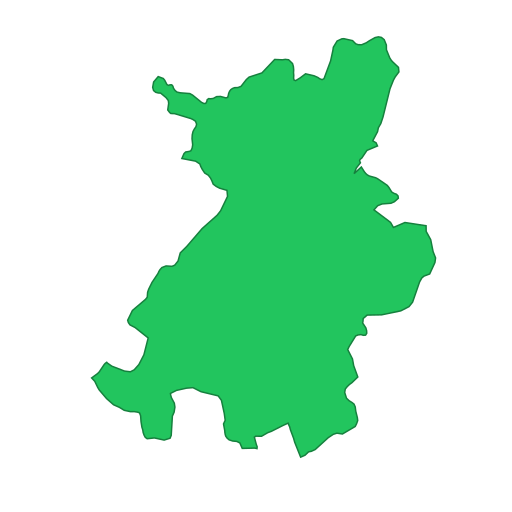 the District of Santarém, rotated 173°
{"feature_id": "PRT-748", "entity_name": "Santarém", "entity_type": "District", "adm_level": 1, "iso_a3": "PRT", "parent_name": "Portugal", "parent_adm1": "", "projection": "natural_earth1", "projection_center": [-8.43, 39.286], "detail": "fine", "context": "isolated", "style": "filled", "palette": "green", "viewbox_px": 512, "rotation_deg": 173, "n_neighbors": 0, "source": "natural_earth", "source_scale": "10m", "svg_char_len": 3940}
<svg xmlns="http://www.w3.org/2000/svg" viewBox="0 0 512 512"><g transform="rotate(173 256 256)"><path d="M141.0,335.8L145.7,331.1L148.6,325.8L140.6,331.5L138.2,326.4L137.0,324.5L135.7,323.0L133.8,321.6L127.7,319.1L125.8,317.8L117.1,310.1L115.7,307.8L113.5,303.0L111.5,301.4L109.1,300.2L107.7,298.3L107.7,296.0L112.0,293.0L115.6,291.9L124.5,292.3L129.1,291.1L133.3,287.4L118.4,273.0L116.1,267.6L104.1,271.1L83.5,265.3L84.1,259.7L80.6,250.9L79.7,238.8L78.0,232.2L79.2,227.7L85.8,217.0L91.6,215.6L94.1,214.0L96.8,210.3L106.2,191.1L110.3,187.1L119.0,183.9L138.5,182.3L152.9,183.8L157.2,180.9L157.8,178.1L158.2,176.8L158.2,176.1L157.7,175.3L155.7,171.2L155.3,168.3L155.5,165.8L156.9,164.1L159.1,164.2L161.4,165.2L164.4,165.2L166.8,164.5L174.5,154.9L176.4,152.0L172.8,142.1L172.4,135.2L169.7,123.5L176.2,118.6L178.9,117.1L181.3,115.3L183.6,113.1L184.6,109.7L183.5,103.8L181.2,101.0L178.7,99.0L176.8,97.1L175.9,94.1L175.9,89.8L175.1,83.2L175.1,80.3L176.7,77.1L178.3,74.7L191.9,68.8L197.3,70.3L201.0,69.6L206.4,66.9L220.8,56.7L224.9,55.4L227.7,55.2L231.6,52.3L236.2,50.9L240.3,66.5L240.9,70.5L243.0,79.3L243.4,82.3L244.1,84.5L244.5,86.2L249.9,84.5L262.1,80.1L265.9,79.2L272.5,76.4L278.2,77.2L279.7,76.4L278.7,69.1L278.1,66.5L278.5,64.7L280.7,65.5L293.1,66.7L294.8,72.4L297.7,74.3L301.7,75.2L305.1,76.8L306.9,78.8L308.0,80.9L308.3,82.6L308.4,84.7L308.3,86.4L308.7,93.3L306.6,96.7L306.7,103.7L307.9,117.0L310.6,121.8L327.1,128.0L334.6,133.0L341.0,133.3L351.3,132.3L357.7,130.0L357.6,128.0L357.2,125.6L355.0,119.9L354.9,115.9L356.3,111.0L358.5,107.3L362.0,88.3L363.5,85.6L369.6,84.5L379.0,87.8L386.3,87.9L388.0,89.5L388.9,91.8L389.5,94.5L389.6,97.3L390.1,100.0L390.3,105.6L390.0,111.4L390.7,114.5L392.7,115.5L395.9,116.4L399.6,116.8L405.6,118.9L410.0,122.4L415.5,125.7L421.7,132.7L427.9,142.1L429.1,144.8L431.3,151.3L434.0,155.0L427.6,158.6L425.7,160.1L419.9,166.8L418.6,167.9L417.1,168.7L416.7,168.0L412.5,164.2L400.5,157.8L394.8,156.4L390.9,157.8L385.5,162.5L379.3,171.6L373.0,187.8L384.7,199.7L389.5,203.0L390.8,205.5L391.2,207.9L385.3,217.0L371.0,226.4L369.0,228.3L368.0,233.2L366.6,236.1L362.4,242.5L355.4,250.6L354.2,252.6L352.9,254.2L350.8,256.0L346.5,257.1L340.6,256.0L337.8,256.8L334.0,260.5L330.8,268.3L323.6,273.9L306.1,289.8L289.6,301.2L285.6,305.2L277.0,318.6L276.8,324.7L283.8,327.7L287.0,329.9L289.7,332.5L290.7,336.2L291.7,339.0L293.5,342.0L296.8,344.6L298.8,348.6L299.9,351.5L300.5,354.2L304.4,357.5L317.7,361.8L315.0,366.4L313.2,367.8L309.3,368.0L307.8,368.4L306.3,370.7L305.3,374.1L305.2,380.2L304.5,384.1L303.3,387.3L301.6,389.7L299.8,391.7L298.9,394.1L299.6,397.1L301.9,399.1L304.0,400.4L319.4,407.2L323.1,407.8L324.2,408.9L325.8,411.7L324.1,418.1L324.1,421.0L326.0,424.2L330.8,429.3L333.1,429.7L335.6,430.7L337.5,432.7L338.0,436.0L336.4,441.2L331.2,446.0L326.4,443.5L325.2,441.6L323.5,437.0L322.0,436.0L320.5,436.4L318.8,436.2L317.8,434.7L317.4,432.5L316.2,430.2L314.4,428.3L311.2,427.2L301.9,425.3L299.3,423.4L291.3,415.1L289.1,413.7L287.3,413.6L286.0,415.4L285.4,417.1L283.8,418.0L282.0,417.6L279.2,417.6L275.7,419.0L271.8,418.7L266.6,416.6L264.8,416.9L264.0,418.7L263.3,420.8L262.1,422.8L260.7,424.2L259.0,425.1L256.8,425.7L253.4,425.4L250.2,426.2L244.1,432.3L241.1,434.4L227.8,437.0L213.5,448.8L205.8,447.5L203.0,447.6L199.7,446.8L196.3,442.6L195.8,439.5L195.9,436.2L196.4,433.4L196.5,430.7L197.0,427.9L196.8,426.0L195.3,425.2L190.3,427.5L184.6,430.8L176.4,427.8L172.9,425.7L171.1,424.1L168.9,423.0L166.9,423.7L158.2,440.5L154.6,450.8L153.8,453.8L149.3,459.5L144.3,461.1L142.3,461.0L133.9,458.0L131.1,454.4L128.9,453.3L125.4,452.8L120.5,454.2L117.3,455.8L111.2,458.3L107.8,458.6L104.9,457.7L102.4,455.1L100.9,449.5L101.4,444.8L99.1,436.3L97.9,433.8L96.8,432.2L91.6,425.9L91.7,421.3L96.0,416.8L98.1,413.9L102.6,405.7L113.0,378.5L116.0,372.2L118.9,368.4L120.2,364.6L126.1,356.1L123.0,353.7L122.0,350.4L133.0,347.3L139.1,340.3L140.9,339.2L141.6,337.9L141.0,335.8Z" fill="#22c55e" stroke="#15803d" stroke-width="1.5"/></g></svg>